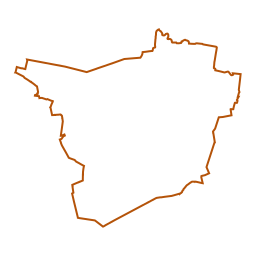 outline of Roosendaal, Noord-Brabant, Netherlands
{"feature_id": "6326949B28559348449199", "entity_name": "Roosendaal", "entity_type": "district", "adm_level": 2, "iso_a3": "NLD", "parent_name": "Netherlands", "parent_adm1": "Noord-Brabant", "projection": "orthographic", "projection_center": [4.432, 51.51], "detail": "fine", "context": "isolated", "style": "outline", "palette": "amber", "viewbox_px": 256, "rotation_deg": 0, "n_neighbors": 0, "source": "geoboundaries", "source_scale": "gbopen_adm2", "svg_char_len": 5078}
<svg xmlns="http://www.w3.org/2000/svg" viewBox="0 0 256 256"><path d="M77.9,217.8L78.3,217.9L79.4,218.1L94.7,220.4L95.0,220.5L103.0,226.6L104.1,226.1L105.7,225.1L114.4,220.3L155.7,198.3L156.6,197.9L160.4,197.3L160.9,197.3L161.4,197.3L164.7,196.8L169.4,196.2L171.8,195.9L172.7,195.6L173.2,195.5L177.7,194.2L179.7,193.6L179.8,193.9L180.0,193.7L180.3,193.4L181.1,193.0L181.4,192.5L181.6,192.5L181.9,192.2L182.0,192.1L182.0,191.9L182.3,191.4L182.4,190.9L182.5,190.6L182.9,190.3L183.2,190.0L183.4,189.8L183.5,189.3L183.5,189.2L183.8,188.7L184.2,188.4L184.3,188.3L184.5,188.1L185.3,187.0L185.6,186.8L185.8,186.5L186.1,186.0L186.7,185.4L187.0,185.1L188.4,184.2L188.7,183.9L188.9,183.8L189.6,183.2L190.3,182.7L190.6,182.6L190.9,182.4L191.1,182.2L191.5,181.9L191.8,181.8L192.1,181.7L192.3,181.7L192.7,181.7L192.8,181.7L193.6,181.7L194.4,181.7L194.6,181.7L194.8,181.7L194.9,181.8L195.0,181.7L195.9,181.7L197.7,182.1L202.0,183.1L202.7,183.2L201.4,177.7L201.3,177.3L201.4,176.1L202.2,175.8L204.9,175.2L209.1,173.3L207.3,169.0L206.5,167.1L214.5,142.5L214.6,142.3L214.6,142.2L214.8,142.2L213.3,133.0L213.2,133.0L213.0,131.6L213.1,131.4L215.0,128.8L215.2,128.4L218.8,117.3L222.8,117.0L231.5,115.3L230.6,109.4L230.6,109.2L230.8,109.1L233.1,109.3L233.3,109.2L233.4,108.6L233.9,106.3L234.8,103.0L234.9,102.8L235.1,102.7L235.5,102.7L236.6,102.9L236.8,102.9L237.0,102.8L237.1,102.5L237.5,100.9L237.5,100.7L237.4,100.4L236.9,100.1L236.9,99.9L238.6,96.8L237.8,96.8L237.9,96.5L238.9,92.9L239.1,92.6L239.4,92.3L239.4,92.2L239.4,91.9L239.2,91.2L238.8,89.9L240.0,79.8L240.6,74.1L232.9,73.3L233.2,74.2L233.2,74.6L233.0,74.8L232.0,75.2L231.5,75.2L231.3,75.1L230.8,74.8L228.6,71.9L228.3,71.7L228.0,71.6L227.8,71.6L226.2,72.0L224.6,72.5L224.9,72.6L221.1,71.6L218.1,70.9L215.3,70.3L215.4,69.5L215.4,69.3L215.3,68.9L215.2,68.8L215.0,68.6L214.8,68.5L214.5,68.4L214.3,68.4L214.1,68.3L213.9,68.1L213.9,67.8L213.9,66.8L214.1,65.7L214.4,61.9L214.5,61.6L214.8,60.0L215.9,53.1L216.5,49.8L216.5,49.6L216.8,47.8L216.8,47.6L216.7,47.5L216.6,47.1L216.2,46.8L215.4,46.6L203.1,44.4L202.9,44.3L202.6,44.0L202.5,43.9L201.5,43.8L196.7,43.3L196.3,43.3L196.0,43.4L195.8,43.5L195.3,43.8L195.1,43.9L194.7,43.9L191.7,43.8L189.4,43.6L189.0,43.6L188.9,42.9L188.8,42.1L188.7,41.7L188.5,41.4L188.4,41.2L187.7,40.8L187.0,40.5L185.8,40.2L185.2,39.8L184.9,39.8L184.7,39.9L183.3,40.5L183.0,40.8L182.6,41.1L182.4,41.3L181.6,41.4L181.5,41.5L181.5,42.1L181.5,42.4L181.4,42.5L181.2,42.7L180.8,42.9L180.8,43.0L178.6,43.3L176.7,43.2L176.2,42.5L172.3,42.5L171.9,42.0L171.9,41.7L171.8,41.2L171.7,40.9L171.6,40.3L171.5,40.1L171.2,39.7L170.5,39.2L169.8,38.9L169.6,38.9L168.8,39.1L168.5,39.1L167.7,39.0L167.6,38.9L167.5,38.7L167.5,38.4L167.6,38.1L167.9,37.5L168.2,36.8L168.3,36.6L168.3,35.9L168.3,35.4L168.3,35.0L168.2,34.7L168.1,34.4L167.8,33.9L167.6,33.7L167.2,33.6L166.4,33.8L166.1,33.9L165.8,34.0L165.5,34.4L165.0,34.9L164.5,35.3L164.2,35.3L163.8,35.4L163.3,35.4L162.9,35.3L162.7,35.1L162.2,34.8L162.3,33.9L162.3,33.7L162.2,33.5L162.0,33.0L161.0,31.6L160.9,31.4L160.6,31.2L159.6,30.5L159.3,30.2L159.1,30.0L158.9,29.4L158.4,29.6L158.1,29.7L157.7,30.0L157.3,30.4L157.0,30.6L156.8,30.7L156.7,30.9L156.5,31.2L156.3,31.7L156.1,32.4L156.0,32.9L156.0,34.6L155.9,35.0L155.9,35.4L155.7,36.4L155.6,37.0L155.7,37.9L155.4,39.4L155.4,39.9L155.3,40.7L155.3,40.9L155.0,44.1L155.0,44.7L155.0,45.1L155.1,46.2L155.2,46.6L155.2,47.1L155.1,47.4L154.8,47.5L154.3,47.7L153.9,47.8L153.3,48.0L153.2,48.1L153.1,48.3L152.6,50.7L152.3,51.0L151.7,51.0L148.9,51.3L148.4,51.4L146.9,51.6L145.5,51.8L143.4,52.0L142.6,52.1L142.5,53.0L142.4,53.9L142.1,54.7L141.7,55.6L141.2,56.5L140.4,57.7L124.3,59.0L113.7,62.8L104.1,66.1L97.0,68.5L96.4,68.8L96.0,68.9L86.7,72.1L74.5,69.0L65.0,66.6L27.0,59.5L27.2,60.2L27.2,60.3L27.2,60.8L27.2,61.1L26.0,65.9L25.3,69.1L25.1,69.1L21.9,68.2L21.4,68.3L21.2,68.3L16.8,67.0L15.6,72.0L15.4,72.4L15.5,72.4L23.5,76.5L24.6,77.9L27.4,79.6L30.2,81.5L30.3,81.5L30.5,81.6L30.8,81.7L30.7,81.9L32.5,83.0L34.6,84.6L35.5,85.4L35.9,85.7L37.0,86.4L38.1,92.1L37.3,93.4L37.8,93.7L37.8,93.8L35.5,95.0L35.0,95.1L34.9,95.7L39.0,96.2L39.4,98.0L39.6,97.9L40.0,98.0L41.9,97.9L45.8,99.2L46.3,99.4L46.6,99.4L47.2,99.2L47.4,99.1L51.2,100.7L52.8,101.1L52.8,101.4L52.8,101.5L51.8,103.7L51.2,105.1L51.1,105.5L51.0,105.9L50.3,107.3L50.5,107.4L50.6,108.1L52.1,115.1L54.4,115.0L55.0,115.0L55.0,114.9L55.7,114.9L56.2,114.8L58.4,114.7L58.5,114.7L58.9,114.6L60.4,114.5L60.5,114.6L61.2,115.2L61.3,115.1L61.9,115.7L62.2,117.3L62.2,117.9L62.3,117.9L62.8,121.4L61.8,128.8L60.8,135.8L61.2,135.8L61.8,135.6L64.4,134.5L64.8,135.6L63.6,136.2L63.3,136.4L63.0,136.8L61.5,138.9L59.8,139.5L60.5,141.5L60.9,142.5L61.0,143.2L61.7,144.9L61.9,145.4L63.7,148.6L65.7,152.1L68.5,157.2L68.7,157.7L69.0,157.9L71.1,158.7L74.5,159.9L74.8,160.1L75.9,161.4L76.5,161.8L79.1,163.2L79.6,163.5L80.8,164.2L83.2,165.5L84.0,165.9L83.8,166.6L83.4,168.8L83.0,172.0L83.0,172.3L83.0,174.5L82.9,174.5L82.8,180.3L82.8,180.5L79.3,182.0L79.3,181.9L74.3,184.0L72.3,184.9L72.5,185.8L72.4,185.8L72.6,187.3L72.9,189.5L73.4,192.7L72.1,193.5L73.9,201.3L77.9,217.7L77.9,217.8Z" fill="none" stroke="#b45309" stroke-width="2"/></svg>